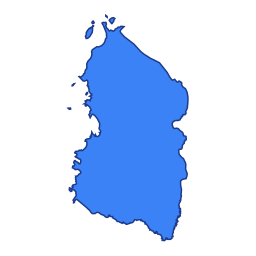 Sumbawa Barat, Nusa Tenggara Barat, Indonesia (Natural Earth projection)
{"feature_id": "22746128B87271379033569", "entity_name": "Sumbawa Barat", "entity_type": "district", "adm_level": 2, "iso_a3": "IDN", "parent_name": "Indonesia", "parent_adm1": "Nusa Tenggara Barat", "projection": "natural_earth1", "projection_center": [116.899, -8.8], "detail": "fine", "context": "isolated", "style": "filled", "palette": "blue", "viewbox_px": 256, "rotation_deg": 0, "n_neighbors": 0, "source": "geoboundaries", "source_scale": "gbopen_adm2", "svg_char_len": 5724}
<svg xmlns="http://www.w3.org/2000/svg" viewBox="0 0 256 256"><path d="M124.0,26.6L120.9,26.3L119.4,27.4L118.1,27.1L117.7,27.9L115.1,29.2L114.9,30.1L113.4,31.2L110.8,30.1L109.6,31.0L109.0,30.7L107.6,28.7L106.5,27.9L105.8,25.6L106.4,24.3L106.0,22.5L103.0,22.4L102.2,22.7L102.1,23.4L103.4,25.5L106.4,33.0L106.6,37.9L105.6,38.8L105.0,41.2L103.9,43.4L101.6,45.7L98.8,46.8L96.7,46.8L92.4,49.7L91.6,51.4L91.9,54.3L91.4,56.6L90.7,58.2L87.8,61.4L86.7,64.1L86.9,67.3L86.6,68.6L86.9,68.4L87.1,68.3L85.4,70.0L84.7,73.2L83.6,73.9L83.3,75.1L81.2,76.8L80.0,77.0L79.5,76.5L79.0,76.6L83.1,80.9L84.6,81.1L86.7,80.2L87.3,80.4L87.7,81.0L88.0,83.2L87.2,85.7L87.5,86.0L88.0,85.8L88.6,86.8L88.3,87.4L89.0,89.0L89.0,91.4L91.3,94.5L91.7,94.1L91.5,93.6L91.7,93.8L91.7,95.2L89.8,96.2L90.6,96.4L90.6,96.9L91.5,97.4L91.6,97.9L90.7,98.8L90.0,100.7L89.1,99.8L87.8,100.2L87.1,99.7L86.2,100.9L85.2,100.8L85.2,101.3L86.1,101.8L85.9,102.8L84.4,103.7L85.3,103.7L85.4,104.4L86.0,104.5L85.2,105.1L85.3,105.8L86.0,106.1L86.8,105.0L87.3,105.1L89.3,106.5L90.8,109.1L91.1,110.2L90.5,110.5L89.9,111.6L89.9,113.3L88.9,114.6L90.2,117.7L92.0,114.4L93.0,114.3L94.9,115.6L97.3,118.6L99.7,123.5L99.5,126.9L99.0,128.2L99.4,129.4L100.4,130.4L100.7,131.7L100.2,132.8L99.5,132.7L100.1,133.8L99.5,135.1L98.2,136.3L97.2,136.6L96.1,136.1L95.7,135.2L95.6,136.2L94.8,136.3L94.2,134.9L93.0,134.3L91.8,132.1L91.6,133.8L90.9,135.4L91.3,135.7L91.2,136.9L90.8,137.4L90.2,137.0L90.3,138.1L89.8,138.5L86.9,139.0L85.5,139.8L85.1,141.2L86.6,141.3L86.9,142.8L86.9,144.8L85.9,147.4L82.5,150.6L81.7,150.5L81.3,149.9L80.2,150.6L79.2,150.2L78.5,151.1L75.5,151.4L75.3,152.3L74.8,152.5L75.1,153.3L76.7,153.4L77.0,153.9L76.6,155.5L75.2,156.7L76.7,157.7L77.6,157.5L77.8,158.2L78.7,158.9L80.4,159.4L80.9,161.5L80.1,163.6L79.0,163.8L77.9,162.3L76.0,161.5L75.2,160.5L74.5,160.7L74.5,161.5L73.9,161.8L73.7,162.4L74.0,163.3L74.8,164.2L74.7,165.1L74.2,165.9L72.8,166.0L72.4,167.8L73.4,168.1L75.3,169.6L78.1,169.3L80.5,171.3L80.8,172.6L80.2,173.6L79.0,174.1L77.5,176.0L75.8,176.2L76.1,176.6L75.4,177.7L76.0,179.0L75.6,179.5L76.2,181.0L75.8,181.4L76.5,183.0L76.1,184.1L72.9,185.1L72.8,186.1L72.4,185.8L72.1,186.4L72.4,186.9L72.9,186.9L72.9,187.7L70.5,188.8L70.1,188.0L69.5,187.8L69.2,189.9L70.7,191.5L71.8,191.1L71.7,190.0L72.2,189.6L74.0,189.9L76.0,192.0L75.8,193.3L76.3,195.5L73.1,200.1L73.3,200.8L74.0,201.3L73.5,202.8L73.8,202.9L74.4,202.2L74.7,201.0L75.8,199.6L76.9,199.4L86.2,207.2L90.3,211.1L90.7,212.1L92.3,213.6L95.0,213.6L96.7,212.4L98.6,212.4L101.0,214.3L103.8,215.3L105.5,216.9L106.7,217.4L108.0,217.2L108.6,216.7L108.6,215.3L109.4,215.1L109.9,215.5L110.0,216.2L112.1,216.9L112.6,216.6L113.0,218.1L116.0,219.7L116.6,220.9L117.6,221.5L118.2,221.4L122.2,223.3L122.6,222.5L123.4,222.1L123.5,222.9L125.5,223.3L125.7,224.0L126.8,224.3L129.8,223.3L130.2,222.7L130.7,223.0L132.5,222.5L133.5,221.6L134.8,219.6L135.8,219.7L136.6,220.4L138.1,219.8L141.1,219.7L140.9,220.6L142.0,220.6L142.5,221.3L144.8,221.9L144.8,222.7L145.2,222.7L145.2,224.0L146.1,223.9L147.3,225.3L148.5,227.0L148.4,227.7L150.0,229.2L149.9,229.8L150.3,229.6L151.5,230.6L152.8,230.9L154.1,232.6L154.6,232.6L154.6,233.2L155.5,233.3L156.0,231.8L156.7,231.6L157.2,232.3L157.0,233.3L157.6,234.0L160.7,234.8L162.2,237.5L161.7,238.4L162.2,238.5L162.2,240.0L162.8,239.6L163.0,240.5L164.4,240.6L165.1,240.1L165.7,239.0L165.7,238.4L166.2,238.0L167.0,238.2L167.1,239.3L170.6,239.3L172.0,238.2L171.9,236.8L173.0,236.6L172.4,234.1L173.3,232.5L173.2,230.7L174.3,229.0L173.9,228.5L174.8,227.7L174.3,227.2L174.5,226.5L175.2,225.5L175.4,226.0L176.1,225.8L175.9,225.3L176.8,224.5L176.7,223.7L175.7,223.9L175.6,223.1L177.2,222.2L177.2,221.1L177.8,221.4L178.0,221.2L177.2,220.3L176.2,220.5L176.2,220.0L176.7,219.5L177.1,219.9L177.3,218.2L178.1,217.7L177.7,217.0L177.9,216.3L179.2,216.8L179.3,215.9L180.3,215.9L180.1,213.9L180.6,213.3L179.6,212.2L180.6,211.8L180.6,211.0L179.8,210.8L180.5,209.1L179.5,208.6L179.9,208.2L179.2,207.8L179.2,206.0L178.7,205.3L179.5,202.6L180.3,201.6L179.9,200.5L180.8,200.1L180.7,198.8L181.3,196.2L181.4,195.4L181.0,194.9L181.5,189.9L180.6,185.0L180.6,180.8L182.6,179.3L186.1,178.6L187.0,175.7L187.2,173.6L185.6,169.2L185.8,164.6L185.5,163.0L183.4,158.5L181.8,157.5L179.6,154.9L179.0,153.7L178.7,150.5L179.1,149.4L181.4,149.1L182.1,148.0L182.6,144.7L184.2,143.3L184.2,141.6L184.8,141.4L185.1,140.1L186.3,139.7L186.0,136.4L183.5,135.7L183.5,134.9L182.6,132.4L180.0,130.6L178.5,128.8L176.9,128.2L174.4,128.5L173.5,128.0L172.7,126.5L172.1,123.8L172.8,122.2L174.6,120.8L176.4,120.4L177.7,120.6L180.1,119.8L180.5,118.4L181.5,117.8L181.5,116.6L182.5,116.4L182.7,114.9L183.1,114.6L183.8,114.9L184.4,114.3L185.1,114.6L185.9,113.7L186.0,112.9L185.6,111.9L187.3,108.1L187.9,101.5L187.9,96.9L187.1,92.2L185.5,88.8L182.9,86.9L181.9,85.5L181.6,84.7L181.8,83.1L181.2,82.2L179.0,81.0L178.0,82.0L176.9,82.0L174.7,79.3L172.6,80.2L171.6,79.5L169.7,77.0L167.2,72.5L159.4,62.7L150.1,58.1L143.7,54.0L140.8,51.6L133.9,44.1L124.3,36.7L120.9,32.9L120.1,31.5L120.7,29.9L124.0,26.6ZM92.6,27.5L92.0,26.9L90.6,27.6L90.8,28.0L90.2,28.4L89.2,28.4L87.4,30.6L86.3,32.6L86.3,34.6L85.4,36.3L86.2,38.5L87.7,38.3L89.7,36.6L92.1,32.7L92.5,30.7L92.6,27.5ZM113.7,17.7L112.0,17.9L109.6,19.6L109.2,20.4L111.6,23.6L112.2,23.5L112.5,22.6L113.6,21.6L114.0,19.7L114.9,18.6L113.7,17.7ZM93.3,21.1L92.6,21.3L92.0,22.2L91.9,22.8L92.5,23.6L93.4,23.5L94.2,22.8L93.3,21.1ZM86.5,94.8L87.6,93.2L87.3,92.5L86.8,92.6L86.1,93.7L85.9,94.6L86.5,94.8ZM70.7,109.0L70.4,108.0L68.1,108.2L69.0,109.1L69.9,109.3L70.7,109.0ZM72.9,85.7L73.8,84.3L73.3,84.3L72.1,85.3L72.1,85.8L72.9,85.7ZM107.2,17.3L107.1,16.4L105.8,15.4L105.8,16.3L107.2,17.3ZM93.0,26.4L93.5,26.1L93.5,25.7L92.9,25.7L93.0,26.4ZM74.4,83.7L73.9,83.8L74.0,84.2L74.4,83.7Z" fill="#3b82f6" stroke="#1e3a8a" stroke-width="1.5"/></svg>